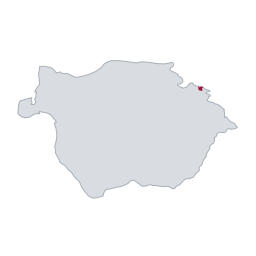 Garnic, Caras-Severin, Romania shown in context, rotated 177°
{"feature_id": "2599482B142541919189", "entity_name": "Garnic", "entity_type": "district", "adm_level": 2, "iso_a3": "ROU", "parent_name": "Romania", "parent_adm1": "Caras-Severin", "projection": "equal_earth", "projection_center": [21.779, 44.757], "detail": "fine", "context": "in_parent", "style": "filled", "palette": "rose", "viewbox_px": 256, "rotation_deg": 177, "n_neighbors": 0, "source": "geoboundaries", "source_scale": "gbopen_adm2", "svg_char_len": 3972}
<svg xmlns="http://www.w3.org/2000/svg" viewBox="0 0 256 256"><g transform="rotate(177 128 128)"><path d="M202.5,142.6L205.1,145.6L208.2,147.3L215.4,149.0L216.0,148.8L216.1,148.5L215.6,148.0L215.5,147.5L215.8,146.8L216.8,146.7L218.4,147.4L221.5,146.4L225.9,144.0L230.0,143.5L233.9,144.9L235.9,146.6L237.2,148.3L236.9,150.3L236.7,151.5L236.0,156.7L235.3,158.6L234.3,160.8L222.6,163.3L223.3,162.1L223.0,159.9L222.4,158.3L223.5,156.8L220.8,156.3L219.7,157.1L218.8,158.5L219.7,161.8L218.5,163.6L218.1,164.6L218.1,167.0L217.4,168.0L217.3,169.1L219.1,168.8L218.4,170.9L215.0,174.9L213.8,177.3L214.5,186.7L213.1,192.4L213.0,194.0L209.3,194.1L208.1,194.0L204.5,193.1L200.4,191.6L198.0,188.7L196.4,186.6L193.0,187.5L192.4,187.3L191.4,186.3L188.8,185.6L185.7,185.6L178.5,181.8L177.7,181.2L172.1,181.8L163.8,183.7L157.5,186.0L151.0,190.2L148.4,193.3L145.3,195.0L141.0,196.2L133.1,195.7L124.8,194.2L116.0,192.5L111.2,193.4L104.8,192.7L95.0,190.7L87.8,190.1L80.7,191.2L79.5,190.3L79.2,189.3L79.5,187.8L80.5,186.6L82.2,185.7L83.1,184.8L83.2,183.9L81.2,182.4L77.3,180.3L75.6,179.0L75.2,178.7L75.1,177.5L74.3,176.6L72.7,176.0L71.6,174.8L70.7,173.0L70.9,171.4L72.1,169.9L73.6,169.2L75.5,169.4L76.3,169.0L75.9,167.9L74.1,166.5L70.7,164.9L67.3,165.8L63.9,169.3L61.4,169.8L59.8,167.5L57.1,166.1L53.2,165.7L50.8,164.8L49.9,163.4L48.1,162.4L44.4,161.3L44.3,160.2L44.9,160.0L46.3,159.9L48.1,159.6L48.4,159.0L48.4,158.5L47.0,157.8L45.5,157.3L44.8,156.8L44.3,156.3L44.2,155.8L44.6,155.4L45.2,155.4L45.8,155.1L46.1,153.8L46.9,152.8L47.4,152.4L47.4,151.6L46.8,150.9L46.0,150.3L44.9,149.9L41.3,148.8L39.5,147.3L38.4,147.3L36.6,146.4L34.7,145.1L33.1,143.2L31.4,142.0L30.9,141.5L30.9,141.1L31.2,140.6L31.2,140.0L30.7,138.2L31.0,136.2L31.0,134.4L31.0,133.6L30.6,133.4L30.3,133.7L29.9,134.0L29.4,134.1L28.2,132.7L26.5,130.1L25.4,129.2L23.2,127.9L21.4,126.9L20.1,124.7L18.8,123.0L19.7,122.2L24.9,121.2L27.3,122.2L28.4,121.9L29.5,121.1L30.1,120.4L30.2,119.7L30.7,118.9L32.5,118.5L37.1,119.0L39.0,117.8L39.7,117.2L40.1,115.7L40.6,114.6L42.3,114.0L42.3,112.9L42.0,111.8L43.0,109.2L43.6,108.2L44.5,107.8L45.7,107.0L47.6,105.3L47.2,103.9L47.6,102.8L49.6,100.2L51.2,97.7L51.2,96.4L51.4,95.3L52.8,94.1L54.2,92.6L56.1,87.7L56.8,86.9L58.1,86.0L59.0,85.0L59.1,81.8L60.0,80.9L61.6,79.9L63.3,78.2L64.6,76.3L65.7,75.3L67.1,75.1L68.6,74.3L70.2,74.0L71.9,74.4L72.9,74.2L74.4,73.3L78.4,69.7L78.9,69.0L79.7,68.5L83.0,67.2L83.8,66.0L84.8,64.9L86.3,65.0L91.0,67.7L95.9,67.5L96.9,67.6L97.2,67.7L97.8,67.9L104.4,69.3L105.4,69.1L105.7,69.0L108.4,70.2L110.8,70.0L113.0,69.2L115.3,69.0L117.5,69.4L119.1,71.0L123.4,74.4L124.7,75.6L126.7,75.4L128.8,74.8L130.9,72.6L137.6,70.0L142.6,69.4L147.6,68.4L153.3,67.6L154.9,65.6L155.8,64.1L156.4,61.5L159.4,60.7L162.4,60.2L163.4,59.9L165.5,59.8L167.2,60.0L169.8,61.3L171.7,62.9L172.4,64.2L174.0,66.0L175.7,68.6L177.6,72.0L178.1,73.8L178.8,75.6L180.2,77.9L182.9,80.4L183.2,80.9L184.5,82.7L186.8,86.7L188.7,88.2L190.4,90.0L191.3,91.7L192.5,93.3L195.3,95.4L197.6,97.3L199.6,102.8L201.0,105.3L201.8,107.2L201.6,111.1L202.2,112.8L201.2,115.9L199.6,122.1L199.4,127.0L199.8,129.7L199.9,131.4L200.4,132.5L200.9,134.7L201.1,136.7L200.4,137.3L199.5,137.7L199.2,138.1L200.1,139.0L201.3,140.7L202.5,142.6Z" fill="#d9dde1" stroke="#a8b0b8" stroke-width="1"/><path d="M55.0,162.9L54.9,162.9L54.8,162.7L54.7,162.7L54.4,162.5L54.2,162.5L54.0,162.4L53.9,162.4L53.7,162.4L53.5,162.5L53.5,162.4L53.4,162.4L53.2,162.3L53.0,162.2L53.0,162.3L52.9,162.3L53.0,162.4L53.0,162.5L52.9,162.6L52.8,162.8L52.8,163.0L52.9,163.4L52.8,163.5L52.7,163.7L52.7,163.8L52.6,164.0L52.4,164.2L52.5,164.2L52.5,164.3L52.6,164.2L52.6,164.3L52.8,164.3L53.0,164.5L53.1,164.4L53.3,164.4L53.3,164.2L53.5,164.0L53.5,163.9L53.6,164.0L53.7,163.9L53.8,163.9L53.9,164.0L54.0,164.1L54.3,164.2L54.5,164.1L54.6,163.9L54.7,164.0L54.8,164.0L55.0,164.2L55.0,163.9L54.9,163.9L55.0,163.8L55.0,163.7L54.9,163.5L54.9,163.4L55.0,163.4L54.9,163.4L54.8,163.2L54.9,162.9L55.0,162.9L55.0,162.9Z" fill="#f43f5e" stroke="#9f1239" stroke-width="1.5"/></g></svg>